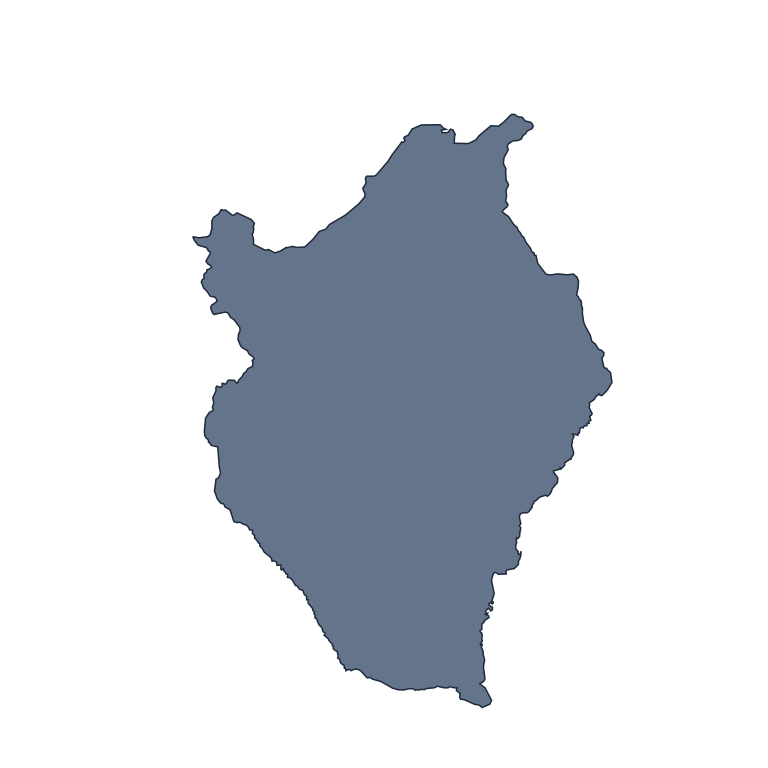 Valea Sarii, Vrancea, Romania, rotated 194°
{"feature_id": "2599482B85092862889515", "entity_name": "Valea Sarii", "entity_type": "district", "adm_level": 2, "iso_a3": "ROU", "parent_name": "Romania", "parent_adm1": "Vrancea", "projection": "mercator", "projection_center": [26.811, 45.87], "detail": "fine", "context": "isolated", "style": "filled", "palette": "slate", "viewbox_px": 768, "rotation_deg": 194, "n_neighbors": 0, "source": "geoboundaries", "source_scale": "gbopen_adm2", "svg_char_len": 6143}
<svg xmlns="http://www.w3.org/2000/svg" viewBox="0 0 768 768"><g transform="rotate(194 384 384)"><path d="M322.8,677.2L325.7,676.3L331.4,666.7L335.4,661.8L342.8,660.5L352.1,647.5L353.7,643.3L360.2,637.7L374.1,634.6L375.7,642.6L375.1,643.2L378.5,647.2L381.3,647.3L382.5,644.0L384.8,642.7L388.5,642.0L389.8,644.2L385.4,646.1L389.1,646.9L391.1,648.7L392.7,649.0L410.4,644.4L418.5,638.1L420.6,631.4L424.0,628.5L424.2,627.0L422.7,625.9L422.8,624.3L424.6,622.8L425.3,623.1L431.6,608.3L434.0,601.0L442.0,585.0L443.8,583.3L451.2,581.4L451.8,579.1L450.3,575.3L450.3,573.3L451.9,569.0L450.6,566.5L448.6,564.4L447.9,561.0L452.1,552.5L462.4,538.4L475.5,525.6L478.0,520.1L483.7,516.4L488.0,507.1L494.0,497.8L501.7,495.4L506.2,495.4L510.5,492.9L511.7,493.0L516.9,487.8L521.7,484.8L528.7,486.6L531.0,485.2L532.8,485.3L544.5,488.0L545.5,492.7L548.2,497.6L547.5,499.2L548.1,503.7L548.9,504.7L548.6,508.5L552.6,511.5L567.4,514.4L568.3,514.3L570.8,511.1L571.8,511.1L580.0,514.5L581.6,513.6L584.1,513.9L585.4,509.3L589.7,504.3L590.5,500.5L588.6,493.1L588.9,486.5L590.9,484.2L598.9,481.1L604.7,480.7L604.8,480.0L602.1,476.9L597.8,473.7L589.6,473.4L587.6,472.1L586.9,470.8L584.7,470.1L584.2,468.2L586.3,461.0L586.2,459.6L583.5,457.7L580.8,457.0L579.6,455.7L581.1,453.5L583.4,452.0L583.2,450.0L585.2,446.7L584.2,442.6L585.4,441.6L586.0,438.9L582.2,433.5L578.1,431.1L573.8,427.1L569.2,427.5L567.3,426.0L566.5,424.9L566.4,423.2L570.1,418.9L570.7,416.9L570.3,415.3L567.6,411.5L565.7,410.3L555.7,415.3L552.7,415.4L549.1,411.5L545.2,410.2L537.7,404.1L536.6,401.3L537.2,396.9L536.4,391.7L532.4,386.4L530.3,385.0L524.7,383.3L522.0,380.4L517.3,378.5L516.1,376.9L517.6,375.0L516.1,372.6L516.1,369.0L519.7,366.1L521.1,362.3L522.7,360.4L523.5,356.8L526.1,352.1L526.2,349.7L527.4,349.3L530.1,351.4L536.0,350.1L537.6,345.5L541.2,345.6L540.6,342.8L540.8,341.5L545.8,341.4L546.2,339.7L545.4,336.6L546.8,329.2L544.6,324.3L544.9,320.0L543.5,317.9L544.2,316.0L546.5,314.4L548.9,307.8L546.9,294.9L545.5,290.7L543.8,288.8L541.7,287.8L540.4,286.4L540.3,285.2L537.8,283.9L537.1,282.7L530.1,282.7L523.8,263.8L521.1,258.2L521.9,252.8L524.0,251.1L522.6,239.2L517.7,231.9L513.2,228.7L510.5,228.9L508.4,226.2L503.0,224.7L496.4,214.2L493.3,213.9L490.1,215.0L486.2,213.8L484.2,214.0L481.6,212.9L478.9,209.9L476.4,210.6L475.4,207.0L472.9,205.7L472.2,203.1L469.6,201.7L467.7,199.6L465.5,198.8L465.6,197.5L465.0,196.5L462.2,195.0L459.7,192.0L451.5,188.1L449.7,185.0L447.7,185.9L445.4,185.3L443.9,182.1L440.1,183.4L439.3,179.3L438.2,178.8L436.9,180.5L436.0,178.5L433.9,177.3L433.5,176.2L431.4,175.9L430.9,173.0L428.5,173.2L425.2,171.3L421.3,167.1L419.3,167.0L416.4,164.4L412.6,164.0L410.7,160.7L407.7,159.1L406.9,155.9L405.4,156.4L404.6,153.0L399.0,148.9L398.3,147.0L396.2,146.1L396.6,144.5L395.1,143.2L394.4,140.4L392.5,139.7L389.0,134.8L385.2,132.4L383.2,128.9L381.0,128.3L380.7,127.4L381.3,125.7L376.7,123.5L374.7,121.2L371.1,119.1L370.9,117.6L369.5,116.9L369.4,115.1L367.2,113.7L364.9,113.4L362.7,109.2L362.5,106.7L360.4,106.2L358.9,103.2L357.5,102.2L354.6,101.3L353.7,98.6L352.8,98.9L351.5,96.5L350.4,97.9L347.9,98.6L346.5,97.9L343.8,100.1L340.4,100.8L337.2,100.1L329.3,94.8L326.3,95.9L323.6,94.8L315.1,94.6L302.0,90.9L295.7,90.8L290.2,92.1L286.8,94.1L281.8,95.4L279.7,94.4L277.7,95.5L275.7,95.5L274.4,96.7L271.0,97.1L269.3,98.7L261.5,101.5L259.2,103.6L251.8,103.8L248.2,104.8L246.9,106.3L241.9,106.2L239.7,106.9L239.6,104.1L235.4,102.2L234.9,98.9L233.6,96.7L229.8,97.1L218.3,95.1L214.6,95.6L210.4,93.9L203.8,99.0L203.1,103.1L212.4,113.6L218.5,116.2L218.5,117.1L216.6,117.9L215.1,120.1L214.7,122.4L219.1,133.7L219.6,140.7L222.2,145.4L223.0,148.2L225.8,152.3L225.7,155.3L226.9,155.1L226.9,154.2L227.8,155.4L226.4,158.4L227.5,160.5L227.9,164.0L228.8,165.9L230.6,166.6L231.2,167.8L229.7,169.5L230.9,174.8L229.3,177.1L229.3,178.6L225.6,182.8L226.8,184.8L228.5,184.9L228.1,186.7L230.0,185.2L230.2,188.7L228.7,191.9L225.5,189.6L224.2,191.1L224.7,193.6L228.6,194.9L229.0,196.2L227.6,197.7L225.7,196.8L225.0,198.0L225.5,199.1L226.8,199.0L226.4,207.4L232.2,219.4L232.2,224.5L231.5,227.5L231.0,227.9L228.9,228.0L227.2,227.0L219.4,229.3L220.5,231.3L219.4,233.5L213.1,236.3L210.2,240.7L210.0,242.0L210.7,244.6L210.0,246.8L209.8,251.0L210.5,254.9L210.7,252.4L211.8,251.1L212.9,252.0L213.0,253.6L216.5,256.3L217.1,259.1L216.9,262.5L218.1,264.3L218.2,266.7L216.9,266.2L215.6,268.6L216.1,272.6L216.7,273.2L216.2,274.1L216.3,275.7L216.7,277.8L218.5,279.0L217.4,281.4L220.5,287.7L220.4,290.8L218.4,292.5L214.2,293.6L212.6,295.1L210.4,300.3L211.0,301.9L209.9,304.9L210.2,306.1L208.7,307.2L205.3,312.1L200.2,315.2L198.3,314.6L196.5,317.2L195.6,320.0L195.5,323.1L191.8,330.5L192.8,335.1L198.2,339.6L198.5,340.7L191.6,344.5L192.4,345.2L191.3,345.1L189.1,348.5L189.5,351.4L185.5,355.8L184.4,356.1L184.1,358.9L183.2,360.9L183.3,363.0L187.3,370.2L187.1,373.1L187.8,375.2L186.9,378.8L188.9,381.2L183.5,381.2L183.7,383.2L182.7,383.6L183.0,388.4L181.8,389.6L180.0,389.7L180.0,390.9L179.3,391.9L177.0,392.6L177.5,394.7L175.5,395.5L176.4,397.4L174.5,398.8L176.7,402.4L175.4,403.7L174.8,405.6L179.4,410.8L179.2,412.6L180.2,415.2L176.1,420.1L175.5,422.8L172.7,426.5L171.4,425.3L169.5,425.7L165.7,432.4L163.2,440.7L167.0,449.9L171.0,452.0L171.6,453.0L173.9,453.0L175.0,453.9L178.8,461.8L177.8,464.8L178.1,467.6L181.7,469.5L184.3,469.6L188.5,473.8L192.8,475.9L195.8,481.4L202.9,489.0L205.3,492.5L208.7,500.8L209.8,505.8L211.4,507.8L212.1,511.0L213.2,512.7L215.1,513.6L216.1,515.2L218.7,517.2L218.9,524.1L220.1,530.7L222.6,534.4L226.9,536.5L232.5,534.3L242.0,532.9L248.6,530.2L251.5,529.6L253.7,530.0L264.2,538.4L267.6,545.6L269.3,545.4L270.1,547.6L272.6,548.0L274.6,551.0L280.4,555.8L284.1,560.3L286.1,561.1L288.3,563.7L291.0,565.5L292.6,568.1L296.7,570.1L303.7,576.6L310.8,579.4L310.5,581.4L307.5,585.8L307.0,587.6L308.1,589.3L309.1,589.5L310.4,591.7L310.5,595.8L312.5,601.8L311.3,607.0L312.3,608.8L314.7,611.1L317.3,619.1L317.6,622.0L321.6,627.0L322.3,632.8L320.1,641.3L322.1,645.1L321.4,647.1L317.7,651.1L313.1,652.6L310.1,654.8L309.2,658.8L307.3,660.9L306.3,664.1L302.2,667.5L301.6,670.2L303.0,672.2L304.9,673.4L310.7,673.4L314.5,676.3L318.1,675.6L322.8,677.2Z" fill="#64748b" stroke="#1e293b" stroke-width="1.5"/></g></svg>